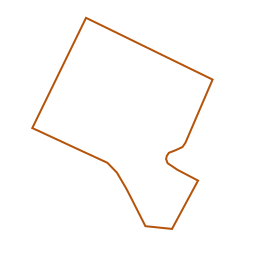 the district of A-Dakhla Oasis, Al Wadi at Jadid, Egypt, rotated 116°
{"feature_id": "37247803B63195966732086", "entity_name": "A-Dakhla Oasis", "entity_type": "district", "adm_level": 2, "iso_a3": "EGY", "parent_name": "Egypt", "parent_adm1": "Al Wadi at Jadid", "projection": "mercator", "projection_center": [27.396, 24.837], "detail": "fine", "context": "isolated", "style": "outline", "palette": "amber", "viewbox_px": 256, "rotation_deg": 116, "n_neighbors": 0, "source": "geoboundaries", "source_scale": "gbopen_adm2", "svg_char_len": 507}
<svg xmlns="http://www.w3.org/2000/svg" viewBox="0 0 256 256"><g transform="rotate(116 128 128)"><path d="M199.4,44.2L144.6,42.0L143.9,65.3L142.3,76.9L139.3,80.1L136.2,80.9L132.4,80.4L127.0,75.4L121.2,70.7L116.3,69.9L47.4,73.2L47.4,74.5L47.4,85.0L47.4,93.1L47.4,95.5L47.4,103.3L47.4,113.6L47.4,122.9L47.4,128.7L47.4,136.4L47.4,148.2L47.4,154.9L47.4,214.0L170.0,214.0L168.9,158.4L168.3,131.3L172.9,118.5L183.4,102.7L189.6,94.4L208.6,69.3L199.4,44.2Z" fill="none" stroke="#b45309" stroke-width="2"/></g></svg>